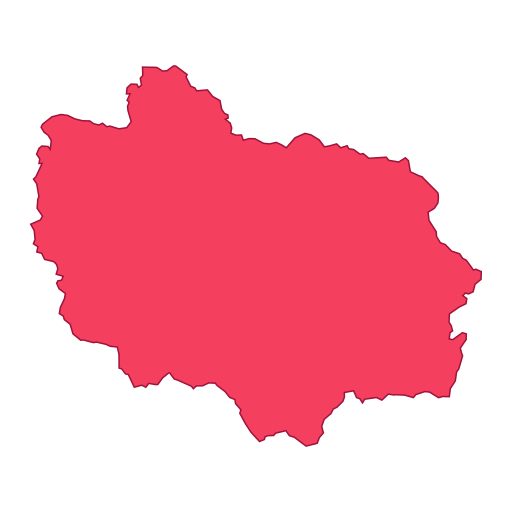 outline of Adjuntas, Puerto Rico
{"feature_id": "32010507B57249745430969", "entity_name": "Adjuntas", "entity_type": "district", "adm_level": 2, "iso_a3": "PRI", "parent_name": "Puerto Rico", "parent_adm1": "", "projection": "orthographic", "projection_center": [-66.756, 18.181], "detail": "fine", "context": "isolated", "style": "filled", "palette": "rose", "viewbox_px": 512, "rotation_deg": 0, "n_neighbors": 0, "source": "geoboundaries", "source_scale": "gbopen_adm2", "svg_char_len": 3086}
<svg xmlns="http://www.w3.org/2000/svg" viewBox="0 0 512 512"><path d="M82.9,120.8L82.0,120.6L74.9,118.9L67.7,115.4L60.9,114.5L51.9,116.8L42.6,124.2L41.1,127.2L44.0,132.2L48.1,135.2L51.3,140.6L50.2,149.3L48.0,146.5L41.9,146.0L39.0,148.4L36.6,154.2L39.8,158.8L39.0,163.5L42.1,163.4L35.9,176.8L33.5,179.1L36.7,183.7L38.9,196.5L37.8,199.4L37.1,208.3L42.5,216.1L40.3,220.0L30.7,224.2L34.2,230.5L35.1,239.4L33.4,243.8L37.9,246.7L36.8,252.0L41.7,253.3L44.6,259.4L53.7,261.6L56.6,264.5L57.8,268.7L56.2,274.2L63.2,276.3L61.5,280.2L57.9,280.8L56.6,283.2L59.1,288.8L65.4,293.5L64.4,298.8L60.4,307.3L59.3,313.6L63.1,315.9L64.4,319.7L70.1,324.2L73.0,333.9L80.7,340.2L83.5,340.0L93.4,342.6L96.5,342.1L105.9,344.3L110.3,346.3L117.3,347.0L119.0,354.4L119.1,368.1L121.8,369.0L125.5,373.9L128.3,374.5L134.3,387.2L141.8,385.2L145.8,387.2L148.8,383.4L155.7,384.6L157.8,384.5L162.6,377.9L168.7,372.9L169.7,372.9L174.1,378.9L178.1,380.3L191.4,386.2L193.4,388.7L196.4,385.9L202.7,385.8L208.8,382.9L209.0,382.9L215.3,383.2L217.2,385.6L225.0,391.5L229.7,397.4L234.9,399.5L235.6,403.7L240.9,409.8L239.8,413.3L245.4,423.6L250.9,432.1L259.5,441.5L264.4,439.5L265.1,436.8L267.7,435.7L273.6,435.5L275.8,433.1L285.9,430.7L289.4,435.7L294.4,437.3L306.1,446.1L317.2,443.3L319.4,437.5L323.4,432.9L321.7,426.4L324.2,419.3L331.0,413.5L333.3,409.0L337.0,407.2L343.0,401.2L344.4,397.1L344.3,392.5L353.6,390.8L356.6,397.6L359.8,398.7L362.5,402.9L364.7,399.2L376.4,397.5L381.9,400.1L388.3,394.1L393.7,395.0L395.3,394.7L404.6,395.1L413.4,397.6L415.8,394.6L424.8,391.6L429.6,392.1L438.6,397.7L442.7,396.5L449.3,396.7L450.3,388.7L455.3,380.9L456.6,371.9L458.8,368.9L462.6,355.8L461.6,353.2L460.3,348.1L466.2,339.5L466.2,333.8L462.4,332.7L452.8,339.6L449.2,339.0L450.0,332.7L452.6,330.9L451.2,325.6L449.0,322.1L449.4,313.9L459.2,307.0L466.0,303.7L466.8,298.6L462.8,295.6L465.3,293.1L468.6,293.9L473.1,291.8L475.1,284.2L481.0,279.4L481.3,271.6L475.8,269.2L473.5,270.1L466.3,260.2L462.6,258.3L459.7,253.8L451.6,251.1L445.2,244.5L440.4,242.8L436.6,236.6L436.2,231.7L429.0,220.4L428.1,212.2L434.3,208.4L437.9,203.0L438.4,197.6L438.2,194.5L437.8,192.8L424.0,178.9L422.0,176.7L419.0,175.8L410.4,171.8L408.4,160.6L405.4,157.8L398.7,162.0L388.8,160.3L386.2,157.2L368.9,158.3L363.2,153.6L360.0,154.2L353.6,149.5L348.6,148.7L348.0,147.4L347.1,145.7L340.8,147.8L336.6,143.9L329.5,145.9L324.4,146.8L319.2,139.9L310.9,134.8L305.0,133.4L295.1,137.7L286.3,147.8L281.5,144.8L276.2,142.4L269.6,143.9L263.5,143.3L254.9,138.7L249.0,138.6L243.3,140.2L241.5,135.0L236.0,135.2L230.8,133.1L231.7,127.9L230.2,123.1L225.3,119.2L228.2,118.0L227.9,114.9L224.6,113.5L221.7,109.4L220.0,100.6L212.7,96.5L207.5,89.9L196.5,90.8L195.0,88.0L190.7,86.2L186.1,77.0L187.1,74.5L175.8,66.1L173.6,65.9L167.0,70.7L162.7,71.1L156.7,67.4L142.5,67.1L142.8,75.5L140.3,78.2L141.5,85.1L138.5,87.4L136.9,84.3L131.0,84.1L127.1,87.8L126.4,93.9L130.0,93.8L127.1,100.4L129.2,102.1L127.5,106.4L128.0,110.7L131.2,121.7L126.7,127.7L118.8,128.8L110.0,126.1L106.8,126.7L102.5,123.2L99.0,125.0L93.6,123.7L89.7,120.9L82.9,120.8Z" fill="#f43f5e" stroke="#9f1239" stroke-width="1.5"/></svg>